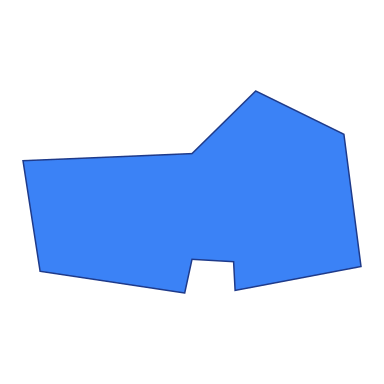 Bekabad city, Tashkent, Uzbekistan (Mercator projection)
{"feature_id": "79887680B94622992244208", "entity_name": "Bekabad city", "entity_type": "district", "adm_level": 2, "iso_a3": "UZB", "parent_name": "Uzbekistan", "parent_adm1": "Tashkent", "projection": "mercator", "projection_center": [69.254, 40.226], "detail": "fine", "context": "isolated", "style": "filled", "palette": "blue", "viewbox_px": 384, "rotation_deg": 0, "n_neighbors": 0, "source": "geoboundaries", "source_scale": "gbopen_adm2", "svg_char_len": 261}
<svg xmlns="http://www.w3.org/2000/svg" viewBox="0 0 384 384"><path d="M343.9,134.3L255.7,91.0L192.0,153.6L23.0,160.7L40.1,271.3L184.7,293.0L192.0,259.3L233.6,261.7L235.1,290.4L361.0,266.5L343.9,134.3Z" fill="#3b82f6" stroke="#1e3a8a" stroke-width="1.5"/></svg>